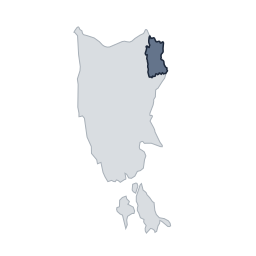 location of Võru within Estonia, rotated 262°
{"feature_id": "EST-2351", "entity_name": "Võru", "entity_type": "County", "adm_level": 1, "iso_a3": "EST", "parent_name": "Estonia", "parent_adm1": "", "projection": "robinson", "projection_center": [26.896, 57.737], "detail": "fine", "context": "in_parent", "style": "filled", "palette": "slate", "viewbox_px": 256, "rotation_deg": 262, "n_neighbors": 0, "source": "natural_earth", "source_scale": "10m", "svg_char_len": 4306}
<svg xmlns="http://www.w3.org/2000/svg" viewBox="0 0 256 256"><g transform="rotate(262 128 128)"><path d="M208.4,174.5L207.5,174.6L202.8,174.0L197.5,172.2L195.2,170.9L192.9,170.9L190.1,171.8L180.3,174.4L177.9,173.8L172.2,171.2L169.4,168.5L163.1,163.1L162.6,161.8L161.8,160.7L155.0,159.4L152.6,157.4L150.5,157.1L147.4,156.1L139.6,151.8L137.6,151.4L137.1,152.1L137.3,153.2L136.8,153.7L135.8,153.7L133.9,152.2L131.8,150.8L124.9,153.4L122.4,154.1L120.3,154.2L109.4,157.7L106.0,159.5L104.7,159.3L105.0,157.6L109.7,148.9L110.6,142.0L112.3,141.0L112.8,140.1L112.1,137.9L107.5,136.5L105.6,136.7L103.8,139.0L102.0,140.8L97.9,141.8L94.4,140.0L86.1,137.6L84.1,134.4L83.7,131.2L79.4,128.1L77.7,124.4L78.4,121.8L82.4,120.2L83.6,118.7L78.6,118.9L77.6,118.6L77.4,117.3L75.3,112.8L77.3,111.0L78.2,109.3L76.6,107.9L77.1,106.2L78.4,104.5L77.7,100.6L82.7,98.5L87.5,97.1L97.7,96.4L96.8,92.8L100.9,92.6L107.9,88.3L114.7,89.1L124.7,86.2L143.8,86.2L146.4,84.5L146.0,82.8L146.0,81.0L149.6,81.5L155.6,81.2L178.1,84.7L183.6,84.7L191.3,88.4L195.4,89.3L207.6,89.3L226.4,90.9L230.1,88.5L230.4,87.8L232.2,89.2L234.5,91.4L235.1,92.7L234.4,93.4L232.1,94.1L231.6,94.8L230.6,95.9L228.0,96.1L226.6,97.0L225.0,100.7L221.9,107.0L217.4,111.7L213.7,114.3L212.0,116.3L211.0,118.7L210.8,121.1L214.4,134.3L214.4,136.7L213.5,139.1L212.9,141.6L213.4,143.8L215.8,147.5L218.3,153.0L219.4,156.5L221.0,157.8L222.6,158.7L223.0,159.3L222.9,159.9L222.1,160.6L214.9,162.5L214.0,164.0L213.2,165.8L210.0,168.3L209.1,170.7L208.5,173.5L208.4,174.5ZM47.3,126.1L49.7,127.1L51.9,126.8L54.2,126.0L59.1,126.7L70.1,132.2L71.1,133.6L64.4,134.3L62.8,135.9L61.2,137.1L59.3,137.5L56.0,139.8L51.6,142.0L50.6,143.4L42.7,143.1L38.4,144.0L34.8,146.5L33.2,151.3L30.5,155.0L27.9,156.4L25.2,156.6L24.6,155.2L24.9,153.8L30.8,148.5L32.0,146.7L29.2,146.0L26.9,144.1L21.7,142.0L20.9,140.2L22.1,140.1L23.3,139.6L24.7,138.1L25.4,136.4L21.4,131.6L23.6,130.8L26.2,131.0L28.9,132.4L31.9,130.7L33.1,130.5L35.2,131.1L37.4,127.8L42.4,126.8L44.9,125.8L47.3,126.1ZM58.0,116.9L55.1,119.1L53.5,118.3L52.6,117.2L48.9,122.2L44.8,123.0L42.5,122.0L42.8,120.2L40.6,115.3L37.1,113.9L32.2,113.8L28.7,111.8L42.5,110.4L44.0,108.1L46.9,105.7L49.0,105.4L50.8,106.0L51.0,107.9L51.5,108.6L57.7,109.7L60.0,112.8L60.8,116.6L58.0,116.9ZM71.9,129.2L69.1,129.7L62.4,126.5L64.1,124.4L66.0,123.5L71.6,124.8L72.4,128.1L71.9,129.2Z" fill="#d9dde1" stroke="#a8b0b8" stroke-width="1"/><path d="M179.1,175.0L178.5,174.5L177.4,173.4L176.8,173.0L176.7,172.3L176.9,171.4L176.8,171.2L176.6,170.9L176.6,170.7L176.8,170.5L177.4,170.2L177.7,170.0L177.9,169.7L177.1,168.9L176.7,168.5L176.6,168.4L177.3,167.6L178.0,167.1L178.1,166.8L178.1,166.5L177.7,166.2L177.2,166.0L177.0,165.7L176.9,165.2L176.7,164.9L176.7,164.7L177.0,164.5L177.3,164.3L177.5,164.1L177.7,163.5L177.7,163.1L177.4,162.8L176.4,162.6L175.5,162.0L175.5,160.6L175.4,160.4L175.9,159.6L175.5,159.1L174.6,158.9L174.6,158.6L174.8,158.2L175.2,157.8L175.4,157.2L175.4,156.8L175.4,156.4L175.5,156.2L176.7,155.9L180.6,155.5L181.9,155.9L182.3,156.1L182.8,156.2L183.8,156.3L184.7,156.2L185.5,156.0L187.3,156.3L188.3,156.7L191.4,156.5L192.1,156.6L192.9,156.5L193.9,156.2L197.7,157.2L197.9,157.1L197.8,156.0L198.3,155.7L198.9,155.5L199.2,155.5L199.6,155.5L200.1,155.7L202.3,156.8L204.2,157.5L204.8,157.6L205.1,157.6L205.3,157.5L205.5,157.3L205.7,157.2L205.9,157.2L206.5,157.7L206.5,158.4L205.4,159.1L205.1,159.5L204.8,160.1L205.0,160.3L205.5,160.3L205.8,160.3L206.0,160.4L206.5,161.0L207.3,161.1L208.6,160.7L209.8,160.5L211.7,160.7L215.0,161.6L215.3,161.8L214.7,161.9L214.3,162.1L214.6,162.2L215.3,162.7L214.3,163.0L213.9,163.3L213.5,163.7L213.4,164.4L213.8,165.6L213.7,166.2L213.1,166.7L210.3,167.4L209.7,167.7L209.5,168.0L209.3,168.4L209.3,168.8L209.3,169.0L209.5,169.8L209.6,170.1L209.5,171.0L209.4,171.2L209.2,171.4L208.8,171.5L208.3,171.6L207.9,171.7L207.6,172.0L207.6,172.6L207.8,173.3L208.2,174.0L208.4,174.5L207.3,175.0L202.0,173.7L199.3,173.5L198.4,173.3L197.7,172.7L196.5,171.3L195.7,170.9L194.5,170.6L193.9,170.6L193.3,170.7L192.8,170.6L192.4,170.3L192.0,170.1L191.3,170.3L190.8,170.9L190.4,171.5L190.0,172.1L189.3,172.6L188.7,172.7L186.0,172.6L184.9,172.9L183.8,173.3L182.8,173.9L182.5,174.2L182.4,174.6L182.3,174.8L181.9,174.9L181.6,174.9L180.9,174.5L180.6,174.5L180.1,174.7L179.7,175.0L179.1,175.0Z" fill="#64748b" stroke="#1e293b" stroke-width="1.5"/></g></svg>